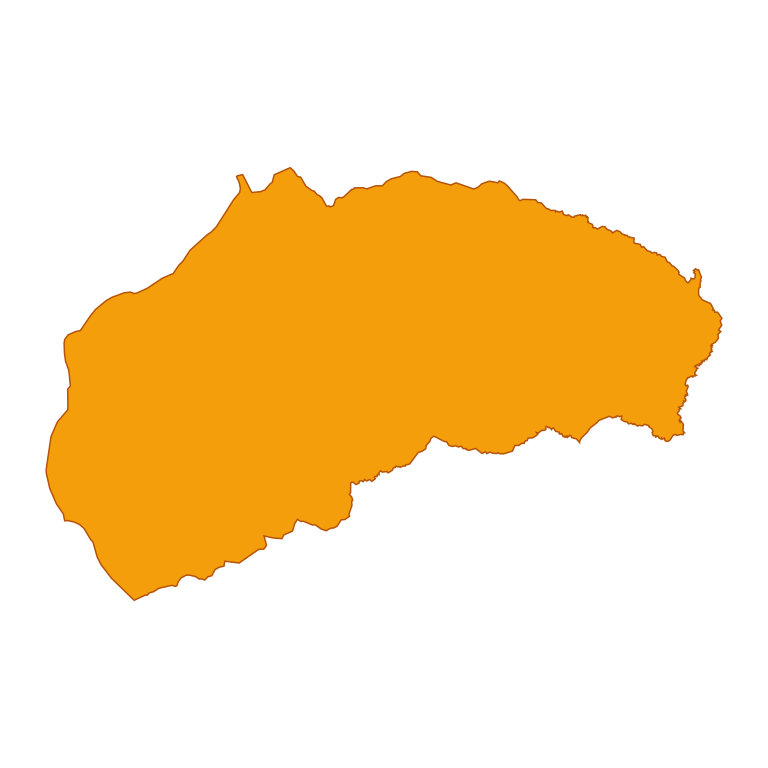 outline of Tenerife, Magdalena, Colombia
{"feature_id": "7082276B5843074032940", "entity_name": "Tenerife", "entity_type": "district", "adm_level": 2, "iso_a3": "COL", "parent_name": "Colombia", "parent_adm1": "Magdalena", "projection": "orthographic", "projection_center": [-74.68, 9.914], "detail": "fine", "context": "isolated", "style": "filled", "palette": "amber", "viewbox_px": 768, "rotation_deg": 0, "n_neighbors": 0, "source": "geoboundaries", "source_scale": "gbopen_adm2", "svg_char_len": 6079}
<svg xmlns="http://www.w3.org/2000/svg" viewBox="0 0 768 768"><path d="M90.6,315.5L80.3,330.7L76.0,331.4L68.0,334.9L64.8,339.4L64.1,343.0L64.5,353.6L65.6,361.4L68.8,370.3L70.4,385.8L67.7,389.2L67.9,409.6L57.4,421.9L51.0,436.6L46.1,470.0L46.4,473.6L49.8,488.6L56.5,504.0L63.3,513.9L64.7,520.8L67.7,520.6L74.2,522.0L79.5,524.5L84.0,528.4L90.7,539.6L92.9,541.8L97.2,557.0L101.0,564.6L111.5,578.3L134.2,600.3L145.2,595.1L147.3,595.2L149.1,593.0L153.8,591.6L158.8,588.3L172.1,585.3L175.0,586.4L176.7,585.9L178.2,581.8L180.9,578.1L186.1,575.2L189.3,575.1L195.3,576.5L199.3,579.1L201.2,578.8L204.8,580.0L207.9,576.8L211.8,575.7L215.1,569.5L219.0,567.3L224.0,566.1L224.8,561.2L239.2,563.0L258.4,549.5L263.8,549.1L266.5,545.4L264.1,535.9L272.3,537.8L281.9,538.7L283.8,534.9L292.5,531.1L294.9,523.3L297.5,519.3L300.5,521.4L303.5,521.3L312.5,525.0L315.5,524.9L321.1,529.0L326.1,530.7L330.8,528.2L333.5,528.0L336.9,526.4L341.2,519.9L344.9,519.5L349.6,516.2L348.9,514.2L351.9,505.7L351.7,501.2L352.7,500.4L351.8,497.2L349.4,494.5L350.6,492.6L350.7,483.1L351.6,482.3L353.1,482.2L356.0,484.6L359.1,483.0L359.3,481.2L361.4,480.7L363.3,481.7L364.7,479.5L366.6,481.0L369.7,479.5L371.7,481.4L375.3,478.8L374.4,477.3L374.8,476.5L377.0,476.7L377.4,474.5L379.1,474.8L379.0,472.7L380.5,470.8L382.3,472.1L387.0,471.5L387.5,472.6L388.5,472.7L392.6,470.1L393.1,468.1L395.3,467.4L396.0,466.0L397.7,466.9L399.0,466.4L400.1,467.4L403.4,465.9L405.2,466.1L405.4,465.1L409.6,464.0L418.3,452.4L421.7,451.4L425.7,448.9L426.2,445.6L429.8,441.4L431.0,438.2L433.9,436.2L444.2,441.4L446.5,441.7L448.9,445.4L452.2,446.5L455.9,445.8L458.2,447.0L461.3,446.2L463.1,448.6L466.2,448.7L466.3,449.5L468.8,450.4L475.6,448.5L482.1,453.5L485.3,451.7L486.9,453.6L489.8,452.1L493.1,453.3L496.3,453.5L497.9,452.7L498.8,453.5L503.4,453.9L512.5,451.1L514.9,445.5L519.1,445.4L521.5,443.4L524.3,443.2L525.0,441.0L527.2,440.6L528.1,438.1L532.7,437.9L536.6,435.4L537.8,434.2L536.6,432.6L538.3,433.0L541.4,430.6L545.1,430.1L546.0,429.2L545.5,427.2L546.7,426.4L548.3,427.6L549.1,427.2L551.6,429.6L552.2,428.2L553.4,427.9L555.6,431.3L559.4,432.2L559.1,433.4L560.1,434.3L561.7,433.5L563.2,436.7L564.6,436.2L565.1,437.4L566.2,436.6L567.3,437.5L567.9,437.0L567.2,436.1L569.1,436.3L570.0,435.3L571.3,436.1L571.6,437.6L576.4,438.9L579.6,442.6L579.8,440.7L582.0,437.3L586.9,432.7L590.3,427.8L596.8,422.8L598.9,420.4L609.3,416.3L612.9,417.9L614.9,416.9L615.9,417.3L617.0,415.8L619.3,416.6L621.7,416.1L621.2,419.6L624.5,421.6L626.8,421.8L628.7,423.9L631.4,423.1L632.4,424.3L633.5,423.7L633.9,424.5L635.0,424.1L637.5,426.1L639.1,425.3L642.5,425.9L644.3,424.3L648.8,425.6L648.9,426.8L651.9,428.8L653.0,431.5L652.1,432.8L653.3,435.8L655.9,435.8L655.8,437.0L657.9,436.0L659.2,438.1L660.7,438.8L661.4,438.0L662.0,439.4L664.3,438.1L665.1,440.6L666.2,441.3L668.1,441.3L670.1,440.0L673.0,435.4L675.4,434.4L676.9,435.4L681.0,434.3L683.0,434.8L683.5,433.0L684.6,432.8L683.0,431.0L683.4,424.3L681.0,421.1L680.1,422.2L679.1,420.2L680.1,419.9L680.0,418.5L681.1,417.9L680.0,415.8L677.8,414.3L677.4,412.6L679.2,411.0L679.1,409.3L680.7,408.8L678.7,407.2L682.9,405.8L683.0,402.9L684.2,402.1L683.8,401.0L685.2,401.4L685.9,400.6L685.7,399.1L684.5,398.0L685.0,396.5L687.1,395.3L685.8,394.9L687.5,394.1L686.3,391.3L688.2,386.4L687.5,385.2L685.7,385.7L685.2,384.0L686.1,380.5L688.0,377.4L689.0,377.6L691.1,376.1L692.6,377.0L692.6,376.2L695.2,375.9L695.2,374.8L696.0,375.0L694.8,373.8L695.0,372.2L696.6,370.0L696.3,369.1L697.6,368.3L696.7,368.1L696.7,367.1L694.8,366.7L695.1,365.8L697.8,364.6L698.2,365.7L699.6,365.6L699.4,363.9L700.9,364.1L700.7,363.1L702.0,362.8L701.5,361.4L702.8,361.7L703.2,360.4L704.4,361.0L705.2,359.1L706.7,359.7L707.7,357.2L710.3,355.0L709.5,354.3L710.1,352.7L712.1,351.6L711.1,351.0L711.9,350.2L711.1,348.7L712.0,347.4L710.8,346.1L712.5,345.7L711.5,344.5L715.4,342.2L718.4,338.4L718.0,334.1L720.8,331.6L718.6,329.9L721.7,325.1L720.2,320.8L721.9,318.3L717.6,312.2L714.7,312.1L714.2,310.1L712.6,310.0L713.2,308.4L710.5,303.5L702.4,299.9L698.6,295.2L698.6,290.2L699.2,287.6L700.1,287.3L700.1,283.2L701.0,280.9L700.4,279.9L701.5,277.3L698.5,269.7L697.4,270.1L695.5,268.7L693.4,270.6L694.7,271.4L693.7,272.8L695.3,273.9L695.0,277.6L693.8,279.2L691.0,278.2L690.6,280.0L688.0,283.0L685.5,280.7L684.7,278.1L678.7,274.3L679.1,272.3L678.3,270.8L673.9,266.5L671.9,265.7L669.5,262.7L667.3,261.8L665.1,257.2L661.7,256.5L659.7,254.4L657.1,254.9L656.7,252.9L654.4,252.4L652.1,253.2L650.3,251.5L647.4,250.8L643.6,246.6L641.7,247.3L640.2,244.3L634.6,243.3L633.8,242.1L634.2,238.2L628.2,236.7L627.0,235.3L625.0,235.5L624.8,234.8L622.0,234.0L620.0,231.7L616.6,230.4L612.5,233.0L611.5,231.3L606.6,229.0L605.3,227.0L602.2,226.4L597.5,229.1L595.1,227.6L593.6,227.9L592.6,227.1L593.0,225.9L592.1,224.3L589.2,223.1L588.4,221.7L587.7,222.0L588.0,217.7L586.6,217.3L587.0,216.7L586.1,216.5L585.8,215.3L583.9,215.8L582.4,214.9L581.5,215.6L580.4,214.7L574.4,216.2L574.0,217.3L571.5,216.9L568.4,214.8L566.9,215.5L563.6,214.6L562.3,211.1L558.9,212.1L556.8,211.1L555.5,211.8L555.1,210.4L550.5,210.4L548.3,208.8L546.3,208.5L541.4,203.0L537.7,202.4L535.7,199.8L523.1,199.3L520.2,200.6L518.7,199.9L517.2,197.0L507.3,185.7L504.1,183.0L499.3,180.9L497.9,182.8L489.6,181.2L486.7,182.0L481.9,183.8L477.6,187.5L473.7,189.0L456.0,182.8L450.9,185.0L440.6,182.3L436.7,181.0L431.3,177.4L420.8,175.8L417.4,171.8L411.4,171.4L404.2,173.4L400.3,176.5L391.2,178.8L386.6,181.4L382.3,185.8L375.6,185.8L366.7,188.9L362.8,187.7L354.5,187.9L353.2,189.2L351.6,189.5L344.1,196.6L341.8,197.9L338.6,197.4L335.7,199.3L333.4,205.8L329.8,206.9L329.0,205.9L326.6,206.3L322.0,198.0L319.7,195.8L317.1,194.7L314.3,191.2L311.9,190.5L306.0,186.3L300.6,177.1L297.7,176.7L293.9,171.1L290.2,167.7L274.3,174.7L272.1,182.6L270.5,183.4L265.1,189.8L260.4,191.7L251.8,192.5L242.6,174.6L237.2,175.9L236.5,176.7L239.1,182.1L240.4,188.4L239.6,192.5L233.5,199.9L216.5,226.6L211.4,231.9L206.5,235.4L189.9,250.4L182.8,261.3L179.0,265.0L173.2,273.5L162.5,278.1L147.2,288.3L137.2,292.9L134.1,293.6L130.5,292.1L124.2,292.8L112.2,297.2L106.5,300.4L95.9,309.1L90.6,315.5Z" fill="#f59e0b" stroke="#b45309" stroke-width="1.5"/></svg>